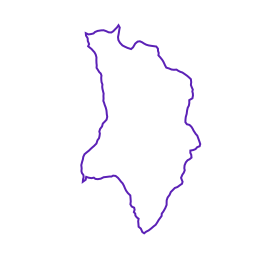 outline of Guaraciama, Minas Gerais, Brazil, rotated 201°
{"feature_id": "56859067B51943850078190", "entity_name": "Guaraciama", "entity_type": "district", "adm_level": 2, "iso_a3": "BRA", "parent_name": "Brazil", "parent_adm1": "Minas Gerais", "projection": "orthographic", "projection_center": [-43.612, -17.067], "detail": "fine", "context": "isolated", "style": "outline", "palette": "violet", "viewbox_px": 256, "rotation_deg": 201, "n_neighbors": 0, "source": "geoboundaries", "source_scale": "gbopen_adm2", "svg_char_len": 2800}
<svg xmlns="http://www.w3.org/2000/svg" viewBox="0 0 256 256"><g transform="rotate(201 128 128)"><path d="M201.4,201.4L200.3,199.2L197.8,197.3L196.7,194.8L194.4,192.4L194.5,190.0L192.3,189.3L190.4,188.7L188.5,187.7L186.5,186.7L184.5,185.0L182.8,182.7L181.8,179.9L180.7,177.3L179.7,175.4L178.9,172.9L176.7,171.3L174.9,169.9L173.0,169.1L171.6,167.5L171.0,165.3L170.0,163.0L169.1,161.3L167.5,159.5L166.8,157.1L165.8,155.3L164.7,153.7L163.1,151.4L162.4,149.1L161.4,146.8L160.7,144.4L159.4,143.0L158.1,141.3L156.2,139.2L154.6,137.0L153.7,135.3L152.8,133.4L151.4,131.0L151.0,128.1L151.9,125.8L153.1,123.1L152.8,120.2L153.7,117.1L153.5,114.4L152.3,112.8L151.7,110.2L151.4,108.1L152.1,105.6L151.9,102.2L153.3,99.0L154.5,96.8L155.4,95.0L156.3,93.0L157.9,90.3L159.2,87.9L159.4,85.1L158.9,82.6L158.7,79.9L158.3,76.6L156.8,73.7L156.0,71.0L154.9,69.5L152.8,68.1L151.8,66.2L151.6,64.1L150.9,61.6L149.0,64.5L149.5,67.4L146.9,67.5L144.1,68.1L142.1,69.4L140.2,68.8L137.9,69.4L135.3,70.9L133.1,73.3L130.2,74.8L128.0,76.0L126.0,76.8L124.8,78.2L122.4,78.8L119.5,77.9L117.4,76.7L115.3,75.4L113.2,74.4L111.1,72.6L109.3,70.7L107.4,68.9L104.8,67.2L101.7,65.9L100.4,63.2L99.1,60.4L98.4,57.6L96.4,56.0L93.7,55.8L92.5,54.0L92.4,51.6L90.6,50.7L89.7,48.9L87.8,47.7L85.6,47.1L85.1,44.6L84.0,42.4L82.7,39.6L80.0,38.7L77.3,36.0L75.2,35.5L74.0,37.6L72.0,39.8L70.3,42.6L68.8,45.4L67.5,47.5L66.9,50.1L66.4,53.1L65.8,55.3L65.1,57.9L65.8,60.2L65.1,62.6L64.5,66.5L64.4,70.0L65.4,72.7L66.0,74.5L66.1,77.3L65.2,80.5L65.1,83.6L64.0,86.0L62.8,88.8L60.7,90.6L59.1,93.1L57.6,95.3L57.8,97.4L59.2,98.9L60.6,100.5L60.5,103.9L59.9,106.3L59.9,108.9L61.0,110.6L61.8,113.4L61.7,116.7L60.8,119.3L59.4,120.8L58.1,123.1L59.4,125.7L60.9,127.1L61.7,129.3L59.2,130.8L57.4,132.5L56.5,134.9L54.6,136.6L54.8,138.9L56.6,141.1L58.5,143.3L60.6,145.7L62.6,146.7L64.1,147.8L65.8,149.0L67.4,150.5L69.3,151.9L71.7,152.9L74.4,152.6L76.5,154.0L77.3,156.3L78.0,158.9L78.3,162.3L79.1,165.5L79.5,168.3L79.2,170.7L79.7,173.2L80.8,176.0L78.5,178.8L79.0,181.6L79.9,183.6L81.0,185.1L81.3,187.1L83.1,188.9L84.7,190.7L85.4,193.4L86.8,196.1L89.2,197.1L91.4,197.9L94.1,198.6L97.1,199.3L99.3,199.2L101.5,199.4L103.6,199.9L106.0,198.8L108.3,198.2L110.8,198.3L113.9,198.1L115.9,199.8L117.4,201.3L118.9,202.7L120.5,203.9L123.2,205.5L125.6,206.7L126.2,209.0L127.6,210.7L128.5,212.8L130.8,214.2L134.2,213.4L136.4,212.9L138.3,212.5L140.8,212.3L143.3,212.6L145.6,213.1L148.0,213.2L150.0,212.1L151.5,209.4L152.2,205.1L153.4,202.8L157.2,202.6L160.2,202.8L162.8,203.1L166.1,204.7L168.5,206.7L169.9,209.3L170.4,212.2L170.8,214.2L171.3,216.4L171.7,218.8L173.7,220.5L174.3,218.0L175.2,216.0L176.4,213.1L177.8,211.2L180.3,210.4L183.3,210.6L185.8,210.5L188.1,209.5L191.2,207.7L193.2,205.8L194.1,203.9L196.1,202.5L198.5,201.2L201.4,201.4Z" fill="none" stroke="#5b21b6" stroke-width="2"/></g></svg>